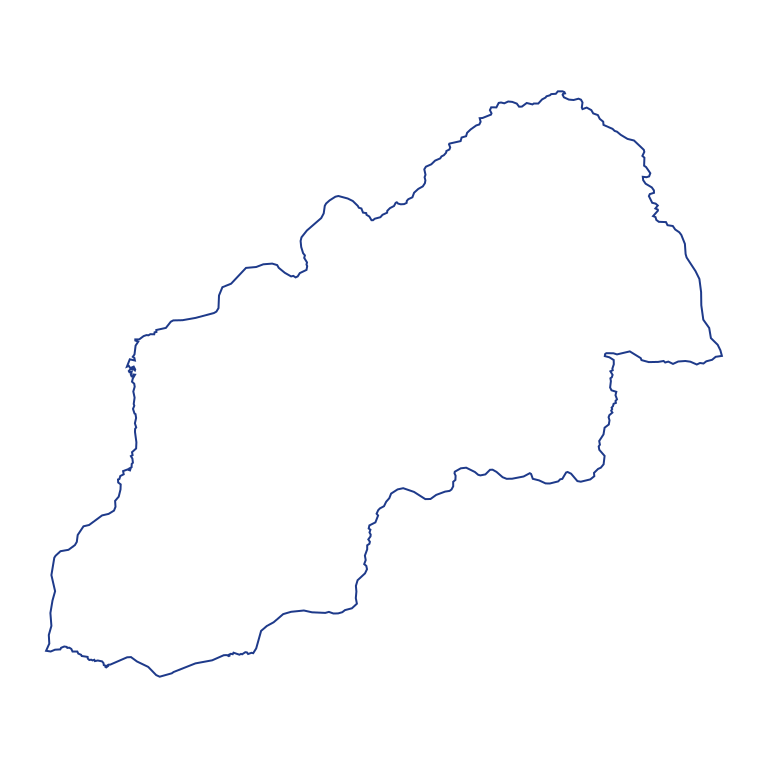 outline of Lom Kao, Phetchabun, Thailand
{"feature_id": "78962969B1272323537796", "entity_name": "Lom Kao", "entity_type": "district", "adm_level": 2, "iso_a3": "THA", "parent_name": "Thailand", "parent_adm1": "Phetchabun", "projection": "mercator", "projection_center": [101.252, 16.992], "detail": "fine", "context": "isolated", "style": "outline", "palette": "blue", "viewbox_px": 768, "rotation_deg": 0, "n_neighbors": 0, "source": "geoboundaries", "source_scale": "gbopen_adm2", "svg_char_len": 6059}
<svg xmlns="http://www.w3.org/2000/svg" viewBox="0 0 768 768"><path d="M83.5,526.3L77.7,535.0L76.8,541.9L74.9,545.1L68.5,549.8L60.5,551.2L55.6,555.7L54.3,557.7L51.4,575.1L55.1,591.2L52.5,600.5L50.4,613.0L51.4,625.9L48.8,635.0L49.3,643.6L46.1,650.8L50.7,651.5L55.0,649.7L60.3,649.4L61.1,647.8L64.2,646.5L66.7,646.9L67.3,647.9L69.3,647.7L71.3,648.9L72.5,651.5L77.3,651.5L78.3,653.6L81.1,654.8L81.7,656.0L87.6,656.9L87.8,658.6L89.3,660.0L91.2,659.7L92.6,660.4L94.3,659.8L94.9,661.1L97.8,660.5L102.1,661.4L103.5,663.1L103.8,665.1L106.1,665.9L105.5,666.9L106.2,667.4L108.1,666.0L107.8,665.1L108.5,664.7L110.3,664.6L127.1,657.3L131.0,657.1L137.0,661.5L148.2,666.9L156.2,675.1L159.7,676.7L171.8,673.3L173.6,672.0L195.4,663.4L212.2,660.3L223.8,655.2L226.9,655.1L228.8,656.1L229.5,655.7L229.0,654.7L230.8,653.8L232.7,654.2L233.5,652.7L239.4,654.7L241.0,653.9L242.1,654.3L245.3,652.2L246.9,652.4L248.1,654.0L251.5,652.8L253.2,653.2L256.2,648.4L261.1,630.9L266.8,626.0L273.6,622.3L283.2,614.1L291.1,611.8L303.9,610.5L312.0,612.3L325.3,612.9L328.9,611.9L333.4,613.5L338.1,613.4L342.3,612.2L345.0,610.1L351.9,608.3L356.9,603.7L355.8,598.1L356.4,591.6L355.9,585.9L357.6,580.2L365.0,573.4L367.0,569.2L366.3,565.9L364.2,564.1L365.7,560.1L364.9,555.6L367.2,549.3L367.2,545.3L369.4,543.8L369.9,541.8L368.3,539.4L370.5,536.4L370.7,534.6L369.5,532.5L370.4,529.7L368.7,528.5L369.4,525.4L375.4,522.4L378.1,515.5L376.6,513.7L378.2,510.2L379.9,508.4L384.0,506.2L386.2,501.7L389.3,498.2L391.1,493.6L397.6,489.4L403.2,488.2L414.0,491.9L425.3,499.1L430.5,499.0L436.2,494.9L445.1,491.6L449.6,490.9L451.5,489.5L453.2,486.3L453.2,481.8L455.4,479.9L455.6,475.7L454.5,473.3L454.8,471.7L460.8,468.3L466.2,467.7L474.9,472.0L478.2,474.8L480.4,475.4L485.4,474.4L490.0,469.8L492.6,469.7L496.5,471.9L502.6,477.2L506.6,478.8L512.2,478.7L523.6,476.5L529.8,473.2L531.1,474.0L532.8,478.8L539.1,480.4L545.6,483.4L549.8,483.5L558.2,481.4L560.2,479.3L562.3,478.9L566.1,472.5L567.6,472.0L571.1,473.7L577.4,481.1L580.8,481.7L590.3,479.4L594.3,476.2L594.0,472.9L598.1,468.9L600.8,467.7L603.6,464.3L604.6,455.9L599.3,449.8L598.7,446.4L599.9,444.7L599.2,441.0L603.5,434.4L604.6,427.7L608.8,424.5L609.5,420.3L608.6,417.2L609.4,415.1L612.4,412.6L611.2,410.7L612.2,409.0L611.6,407.7L613.0,406.1L613.6,403.8L615.9,402.9L615.5,401.0L617.0,399.3L615.5,395.2L616.3,391.8L611.5,390.3L610.1,387.5L610.9,381.1L610.4,378.3L611.8,377.3L612.6,374.9L610.4,371.3L612.7,370.3L612.4,368.5L613.8,364.3L613.7,360.0L609.4,357.3L604.8,356.1L605.1,354.1L606.3,353.2L608.9,353.2L613.5,353.3L617.0,354.4L629.8,351.4L640.7,358.1L641.5,360.1L648.8,362.1L658.2,361.9L663.6,361.0L665.2,362.5L668.3,361.6L673.0,363.9L678.2,361.5L685.3,361.0L690.4,361.7L696.8,364.5L700.0,363.0L703.5,363.5L706.3,361.3L712.1,359.8L715.7,356.8L721.9,355.9L720.4,350.3L717.7,344.8L710.9,338.1L709.2,328.0L703.3,319.7L701.3,305.3L701.1,292.1L699.4,279.0L695.5,271.1L686.6,257.5L685.6,254.0L684.9,243.9L681.3,234.9L679.3,232.3L675.2,229.5L672.8,226.0L667.5,225.2L666.0,222.1L658.8,221.8L656.3,219.9L655.5,217.1L653.1,216.1L657.9,210.7L657.8,209.6L655.4,208.5L657.8,205.5L655.6,203.6L652.2,202.8L648.9,196.1L649.8,194.1L654.0,192.8L653.9,190.4L651.8,187.4L645.6,183.7L643.2,180.2L642.8,176.8L646.5,177.2L649.1,176.4L650.3,173.2L646.1,167.1L644.1,165.7L644.4,157.7L642.4,155.9L644.3,151.9L643.8,149.8L634.0,140.5L627.5,138.9L620.7,134.8L617.0,131.7L614.6,130.9L612.6,128.9L603.5,124.9L603.2,121.7L599.7,118.8L597.9,115.1L593.2,113.4L591.3,110.1L586.7,107.6L582.5,109.1L581.8,107.5L582.5,102.5L581.0,99.7L578.5,98.7L573.6,100.0L568.9,99.6L563.9,97.3L562.6,94.8L563.1,93.8L565.0,93.4L564.4,92.1L562.5,91.3L557.9,91.3L555.8,93.8L551.2,94.1L549.9,95.3L546.5,96.3L545.5,97.6L542.1,99.4L538.3,103.5L533.8,103.5L532.5,104.4L526.7,103.0L521.9,106.6L519.1,106.7L516.8,103.6L512.3,101.9L508.2,101.5L504.3,103.3L501.0,102.5L498.7,102.9L496.4,107.4L491.2,107.3L489.9,110.1L491.5,113.3L491.0,114.6L482.5,118.0L479.7,118.2L480.6,121.8L479.3,124.5L476.3,125.4L470.7,129.4L467.1,132.8L466.1,136.2L461.6,137.5L460.6,141.1L449.4,143.6L449.0,144.3L450.2,147.4L449.4,149.5L446.4,151.0L446.1,152.7L443.9,155.2L441.5,156.4L440.2,158.4L435.1,160.6L431.3,164.3L425.9,166.7L424.3,169.3L425.5,174.8L424.6,177.2L425.4,180.4L424.9,183.2L422.8,186.4L418.3,188.9L414.1,192.7L412.4,197.3L408.3,199.2L406.8,200.9L406.6,202.9L404.1,204.1L400.7,204.3L398.1,203.6L396.8,202.3L395.7,202.8L394.0,206.0L390.0,208.1L387.3,210.8L387.1,212.7L382.5,214.8L380.4,217.2L374.8,218.7L373.0,220.2L371.5,220.2L369.3,216.5L366.5,214.8L366.2,213.1L363.0,212.6L361.4,208.5L358.8,207.7L357.8,205.9L352.8,201.0L347.7,198.5L338.4,196.0L335.4,196.7L329.6,200.4L326.1,203.5L324.8,205.8L323.7,213.4L321.2,218.1L306.9,230.5L301.5,237.3L300.6,241.0L301.2,247.0L303.1,253.2L304.9,255.4L304.2,257.9L307.0,262.4L306.5,264.6L307.2,266.1L306.5,269.9L299.8,273.1L297.7,276.4L295.6,277.4L293.3,275.9L291.1,276.4L284.8,272.8L278.7,267.8L277.2,265.1L272.2,263.6L263.3,264.3L256.2,267.0L246.0,267.9L231.1,283.7L222.4,287.2L219.0,295.5L218.5,308.1L216.4,311.6L214.0,313.0L195.6,317.9L182.5,320.2L173.3,320.4L170.8,321.7L165.9,327.9L156.3,330.0L156.4,332.0L154.6,332.3L154.2,334.3L150.3,334.2L148.5,335.3L146.5,335.1L143.6,336.1L139.2,339.4L135.3,339.4L135.3,340.5L138.2,341.7L135.6,345.6L134.5,354.4L132.8,356.8L134.4,358.0L134.9,360.5L129.8,359.3L126.9,366.7L128.8,365.9L130.3,368.1L133.7,366.6L135.2,369.5L134.9,370.4L133.3,369.0L130.4,369.2L128.8,371.0L129.5,372.3L131.7,371.6L130.8,374.6L131.6,376.4L133.2,376.1L133.3,374.5L135.0,374.7L132.8,378.5L132.0,381.7L134.2,383.7L134.7,386.7L133.3,391.5L134.6,397.6L133.7,404.0L134.3,405.7L133.0,408.9L134.5,413.5L135.5,414.1L136.1,418.0L134.9,423.3L136.2,427.4L135.1,428.9L135.0,432.0L136.4,442.3L136.1,448.5L132.0,452.2L132.6,455.1L130.9,456.1L132.4,458.6L132.9,462.7L131.7,464.0L131.6,467.2L129.8,468.2L130.6,468.5L130.0,470.4L127.4,469.5L123.1,471.1L123.7,474.3L120.3,476.0L119.4,479.0L118.0,479.5L118.2,482.5L120.7,484.4L120.5,489.5L118.7,496.7L115.1,500.9L115.5,506.8L114.0,510.6L108.6,513.9L102.1,515.4L89.1,525.0L83.5,526.3Z" fill="none" stroke="#1e3a8a" stroke-width="2"/></svg>